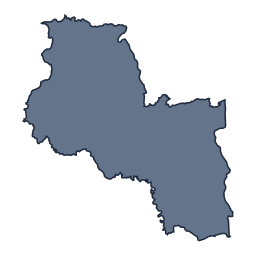 Shwebo, Sagaing, Myanmar (Natural Earth projection)
{"feature_id": "60261553B74508542584232", "entity_name": "Shwebo", "entity_type": "district", "adm_level": 2, "iso_a3": "MMR", "parent_name": "Myanmar", "parent_adm1": "Sagaing", "projection": "natural_earth1", "projection_center": [95.37, 22.738], "detail": "fine", "context": "isolated", "style": "filled", "palette": "slate", "viewbox_px": 256, "rotation_deg": 0, "n_neighbors": 0, "source": "geoboundaries", "source_scale": "gbopen_adm2", "svg_char_len": 5783}
<svg xmlns="http://www.w3.org/2000/svg" viewBox="0 0 256 256"><path d="M225.0,99.8L218.8,102.5L218.4,103.7L220.4,104.1L219.9,104.9L219.2,104.9L217.6,106.7L212.5,107.1L212.0,106.1L210.7,106.4L209.6,105.9L210.2,103.1L209.3,101.7L209.1,100.3L209.6,98.9L208.6,98.4L204.7,99.8L202.4,99.3L200.0,99.6L197.6,98.7L195.2,99.7L193.1,101.4L192.4,101.7L191.3,101.4L190.4,102.6L186.0,102.9L185.6,103.5L184.4,103.3L184.2,103.8L183.0,103.1L180.2,103.5L174.3,105.5L172.5,105.2L170.8,107.0L170.2,107.0L169.1,106.6L168.2,104.4L167.7,104.2L166.4,104.8L166.2,104.5L166.5,101.1L170.0,98.8L169.5,98.3L168.5,98.6L168.6,98.1L167.7,96.8L166.7,96.7L166.9,95.7L166.1,95.7L166.2,95.1L164.3,94.6L162.6,95.0L160.8,97.6L158.9,97.8L158.8,100.1L157.8,101.0L157.8,101.8L155.4,103.0L155.4,103.9L154.6,104.4L154.6,105.0L152.9,105.6L151.5,104.9L150.4,105.2L150.1,103.9L149.8,103.9L149.6,104.9L147.3,106.4L146.2,106.6L144.0,106.1L144.5,105.2L144.5,104.2L143.9,103.3L144.4,96.2L143.7,93.7L146.2,93.0L146.4,92.0L144.5,88.3L143.8,84.6L142.7,83.9L139.5,78.9L139.3,75.4L140.1,74.2L140.4,70.8L138.1,68.9L137.6,67.8L137.6,62.7L136.6,60.5L135.0,59.5L134.5,58.7L134.1,55.5L133.4,53.8L130.1,49.3L128.9,44.5L127.8,43.5L125.2,39.2L122.7,39.5L120.1,42.2L118.3,41.9L118.0,38.7L119.1,36.9L122.4,33.4L124.3,33.0L126.3,29.9L126.1,29.0L126.6,28.3L126.5,27.4L126.0,26.2L124.1,26.2L122.7,24.9L121.1,25.2L118.4,24.6L117.1,25.6L114.3,25.9L112.6,24.2L110.5,23.8L108.0,24.8L106.9,24.0L104.1,24.2L102.9,25.6L98.4,26.2L97.1,27.1L95.5,26.2L93.9,26.7L91.7,26.3L90.4,25.7L89.8,23.3L86.9,21.3L84.8,20.5L83.1,19.0L81.8,19.3L80.9,21.0L80.2,20.3L78.2,19.8L76.2,21.2L75.3,21.3L74.8,19.8L75.3,18.1L74.5,17.3L73.8,17.1L71.8,17.9L70.7,20.3L70.2,20.0L70.0,18.9L69.2,18.6L68.9,18.0L68.2,17.8L67.6,18.7L66.8,18.5L66.4,17.9L66.3,16.3L65.0,15.4L65.1,16.2L64.3,17.7L64.4,18.5L61.0,21.4L60.1,21.3L58.9,21.8L57.4,21.5L55.9,19.4L54.9,19.2L52.8,20.3L51.2,21.9L44.2,21.9L41.5,23.2L42.2,23.7L43.8,23.6L46.0,24.1L46.1,24.8L47.6,25.4L49.2,29.5L48.3,33.8L49.3,35.1L48.5,36.1L48.5,37.5L49.9,38.1L51.6,37.3L52.7,38.5L52.5,42.7L51.6,45.3L51.3,47.2L50.2,48.6L48.4,49.3L46.8,49.0L44.6,50.7L41.7,54.1L41.7,55.1L42.9,56.6L43.4,59.1L44.8,61.7L47.7,62.7L49.9,64.8L51.1,64.4L51.9,69.1L51.9,70.3L51.3,71.4L51.7,72.0L51.3,72.5L51.5,74.0L49.1,79.1L47.2,80.1L45.7,79.8L41.4,81.6L40.8,82.4L40.6,85.4L40.0,86.6L38.9,87.7L34.7,89.7L33.4,89.9L31.8,91.1L31.1,94.0L29.4,96.0L28.2,100.5L27.6,100.7L27.7,102.4L26.0,102.8L26.0,104.0L27.3,104.4L28.4,105.8L28.0,106.9L26.8,108.6L26.0,109.0L24.6,108.8L24.1,109.6L25.3,110.4L25.7,111.6L26.4,116.7L25.9,118.7L24.3,119.0L24.6,119.3L24.4,119.8L23.3,121.1L24.5,121.8L26.4,120.9L27.2,121.1L28.4,121.9L29.6,124.0L31.5,123.8L33.3,124.8L33.0,125.6L34.1,127.3L34.0,129.0L33.0,130.6L32.8,133.5L32.3,134.2L32.5,136.6L33.7,136.6L35.3,138.4L36.7,138.4L37.2,139.6L37.2,141.7L37.8,143.2L38.9,143.6L40.7,141.7L42.2,142.0L44.6,138.8L45.4,138.6L46.0,137.8L46.1,136.2L46.9,136.4L48.9,138.5L49.0,141.0L49.8,141.8L49.7,143.2L52.1,145.4L51.5,146.9L51.8,147.6L53.7,148.2L53.6,150.0L53.9,150.3L55.5,149.4L56.7,150.5L56.4,151.0L55.1,151.0L55.0,151.5L55.9,152.5L59.0,152.6L59.7,154.1L62.7,153.7L63.1,154.8L63.7,155.1L65.2,155.2L67.5,154.6L67.9,155.0L71.5,155.2L73.7,154.0L74.3,154.6L76.3,155.1L76.2,152.3L77.2,150.9L77.6,151.2L78.8,151.1L79.3,151.7L81.8,149.8L85.8,148.8L86.4,150.7L89.6,151.6L90.5,152.3L90.8,153.6L90.6,155.6L93.5,157.2L93.8,157.7L93.8,159.5L95.0,160.7L95.2,161.7L97.7,164.8L97.7,166.6L99.2,169.5L100.6,170.0L103.2,172.3L104.1,174.2L104.5,176.3L106.6,178.1L107.6,178.2L108.9,179.0L110.7,179.0L113.4,177.1L114.3,177.0L114.5,177.3L115.1,177.0L115.4,174.8L116.0,174.4L116.7,175.2L118.4,175.0L120.4,172.6L121.0,173.3L121.3,174.3L121.7,174.3L121.8,174.9L122.5,175.1L122.4,175.6L121.6,175.9L122.1,177.9L125.5,177.5L126.5,178.1L127.7,177.2L128.8,177.7L130.3,176.4L130.8,176.4L130.8,178.3L132.6,180.2L133.8,180.3L133.8,176.1L135.8,176.7L137.2,176.4L137.3,177.2L136.8,177.7L137.7,178.1L137.9,178.6L137.5,178.9L138.5,179.4L138.4,179.9L139.3,180.2L139.6,181.2L140.1,181.6L141.8,180.0L143.3,179.9L144.5,180.2L146.0,180.0L145.7,181.3L146.5,181.7L146.7,181.4L146.3,180.2L146.8,179.6L147.7,180.5L147.3,181.2L147.7,182.9L151.1,182.4L150.9,185.2L151.5,186.2L151.4,187.0L154.5,188.2L155.1,189.2L154.9,190.0L153.7,190.8L152.9,190.6L151.5,189.1L150.9,190.2L151.0,193.0L152.8,193.6L153.7,192.5L154.1,192.6L153.9,193.3L151.9,195.1L152.5,195.8L152.4,197.2L152.9,198.1L154.9,199.6L153.1,201.8L152.8,202.9L153.7,204.0L155.4,204.2L156.7,204.9L156.8,206.7L156.3,207.6L158.5,210.9L161.3,211.1L161.7,211.9L161.3,213.0L160.3,214.0L159.4,214.2L158.0,215.6L158.0,216.6L158.7,216.9L161.6,215.4L162.9,216.3L164.1,219.2L164.1,220.2L163.2,221.3L162.2,220.8L161.2,220.9L160.6,220.2L160.1,220.9L160.5,221.9L161.7,222.6L163.8,222.7L164.3,223.4L163.3,226.0L164.8,227.8L163.2,229.0L162.9,230.1L165.0,230.0L165.6,230.3L165.7,233.4L167.4,234.7L168.8,232.8L170.8,233.3L172.7,231.8L173.8,231.9L173.4,228.5L173.7,226.8L174.3,226.0L178.7,225.5L180.8,227.1L184.2,227.4L185.3,229.8L186.4,231.0L188.9,231.1L197.5,237.1L198.1,240.1L199.3,240.6L204.2,239.0L207.4,237.3L207.9,236.7L212.5,235.7L214.8,236.5L215.0,235.4L221.9,233.5L224.8,233.5L226.3,234.2L226.9,236.1L228.3,237.1L230.2,236.6L229.3,235.3L229.1,234.2L228.4,220.1L227.5,218.5L228.6,216.0L230.2,216.6L232.6,216.3L232.7,211.9L230.5,209.9L230.5,208.6L230.1,208.5L228.6,205.1L226.4,202.5L224.9,199.8L224.1,196.5L223.9,192.5L225.7,188.1L225.7,186.6L224.3,183.4L224.4,180.5L226.7,177.0L226.5,175.3L227.0,173.7L227.9,173.5L229.7,172.1L230.2,170.0L227.9,166.8L226.5,162.0L221.8,155.3L220.4,150.9L220.4,147.9L220.1,147.3L217.1,145.1L214.9,140.9L215.8,137.6L214.7,135.6L214.1,133.4L214.8,131.0L219.6,128.4L223.1,128.2L225.0,127.2L225.4,126.5L225.6,125.1L225.1,114.3L225.5,108.2L225.0,104.3L225.0,99.8Z" fill="#64748b" stroke="#1e293b" stroke-width="1.5"/></svg>